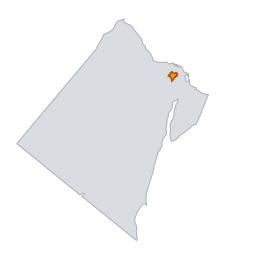 Al Gharbiyah on a map of Egypt (Equal Earth projection), rotated 39°
{"feature_id": "EGY-1530", "entity_name": "Al Gharbiyah", "entity_type": "Governorate", "adm_level": 1, "iso_a3": "EGY", "parent_name": "Egypt", "parent_adm1": "", "projection": "equal_earth", "projection_center": [31.057, 30.849], "detail": "fine", "context": "in_parent", "style": "filled", "palette": "amber", "viewbox_px": 256, "rotation_deg": 39, "n_neighbors": 0, "source": "natural_earth", "source_scale": "10m", "svg_char_len": 4268}
<svg xmlns="http://www.w3.org/2000/svg" viewBox="0 0 256 256"><g transform="rotate(39 128 128)"><path d="M205.5,210.1L201.3,210.1L197.0,210.1L192.8,210.1L188.5,210.1L184.3,210.1L180.0,210.1L175.8,210.1L171.5,210.1L167.3,210.1L163.0,210.1L158.8,210.1L154.5,210.1L150.3,210.1L146.0,210.1L141.8,210.1L137.5,210.1L135.1,210.1L135.5,208.6L135.7,207.5L135.5,206.7L134.6,206.6L134.1,206.8L132.8,210.0L132.2,210.2L130.7,210.2L125.7,210.2L120.8,210.2L115.8,210.2L110.9,210.2L105.9,210.2L101.0,210.2L96.0,210.2L91.1,210.2L86.1,210.2L81.2,210.1L76.2,210.1L71.3,210.1L66.3,210.1L61.4,210.1L56.4,210.1L51.5,210.1L51.5,206.2L51.6,202.3L51.6,198.5L51.7,194.6L51.8,190.7L51.8,186.8L51.9,182.9L51.9,179.0L52.0,175.2L52.1,171.3L52.1,167.4L52.2,163.6L52.3,159.7L52.3,155.8L52.4,152.0L52.5,148.2L52.5,144.3L52.6,140.5L52.7,136.6L52.7,132.8L52.8,129.0L52.9,125.2L52.9,121.3L53.0,117.5L53.1,113.7L53.2,109.9L53.2,106.1L53.3,102.3L53.4,98.5L53.4,94.7L53.5,90.9L53.6,87.2L53.5,86.5L52.9,83.9L52.3,80.6L51.7,76.6L51.6,75.3L50.6,71.2L50.5,70.1L50.8,69.2L52.8,65.8L53.4,64.1L53.9,62.1L54.1,60.4L53.6,58.0L53.0,55.7L52.8,53.4L52.8,51.2L53.8,49.6L54.9,48.2L55.4,47.3L56.1,46.3L56.6,45.8L57.5,47.9L59.4,48.2L65.8,46.4L72.8,48.2L76.7,48.9L82.7,50.4L86.3,53.2L87.3,53.5L89.9,53.5L91.6,55.1L98.4,55.9L102.1,57.7L104.1,59.1L105.4,59.6L106.5,59.5L108.0,58.9L109.8,57.9L111.9,56.5L116.1,52.9L117.6,52.3L118.6,52.5L119.8,52.4L120.3,51.5L120.9,50.8L121.3,50.0L121.9,49.1L124.1,48.9L128.5,47.3L128.0,48.0L124.0,49.8L125.7,50.0L127.5,49.4L129.5,49.0L129.9,48.3L130.1,46.9L130.5,46.7L131.9,47.0L136.0,49.1L137.0,49.1L139.9,48.0L140.6,47.7L141.5,48.4L143.7,51.1L142.9,51.0L140.6,48.7L140.4,49.8L139.1,51.9L140.7,52.7L142.1,53.1L142.8,54.2L143.2,55.2L144.6,54.7L145.5,53.4L145.0,52.6L144.7,51.8L145.1,51.8L146.0,52.5L148.6,55.0L149.5,55.6L150.5,55.5L152.6,54.8L153.2,54.9L156.1,53.9L156.4,54.6L156.9,55.3L159.2,54.5L162.8,54.6L165.7,53.7L169.1,51.7L169.4,51.4L169.6,51.9L170.0,53.3L171.1,56.8L172.0,59.6L173.2,63.5L173.6,64.9L173.7,66.0L175.4,70.2L176.4,73.7L177.1,76.6L178.2,80.7L178.6,82.2L177.9,83.0L176.6,85.7L175.1,94.3L173.1,101.1L172.9,105.3L172.5,106.8L171.5,109.0L170.3,111.1L168.1,110.0L164.4,106.3L162.3,102.8L160.0,100.5L157.9,97.5L157.3,95.3L157.3,94.0L156.3,90.6L155.6,89.0L153.0,85.4L152.3,83.5L151.7,82.7L151.1,81.4L150.2,76.8L149.1,73.9L148.0,74.7L148.2,75.9L147.2,77.6L146.6,79.6L147.1,81.2L149.2,83.7L149.6,84.8L150.1,87.2L150.1,90.3L150.4,91.4L152.0,93.8L152.6,95.2L152.9,96.4L153.5,97.5L155.1,99.6L157.3,103.6L159.5,106.2L161.1,107.5L161.8,108.8L161.9,112.2L161.8,113.8L163.2,116.8L163.7,118.3L165.1,119.5L165.7,120.9L166.3,123.2L167.2,130.0L168.3,131.7L172.0,140.7L175.1,146.4L176.6,150.7L178.8,155.8L183.3,167.3L186.0,170.8L187.0,172.8L189.0,174.3L191.0,176.5L189.1,176.3L188.6,176.4L187.9,176.8L187.6,178.2L187.5,179.3L187.8,185.1L188.3,188.0L190.1,193.7L191.4,195.3L192.1,196.4L193.0,197.2L197.1,199.2L199.5,203.2L205.0,208.4L205.5,209.8L205.5,210.1Z" fill="#d9dde1" stroke="#a8b0b8" stroke-width="1"/><path d="M129.4,62.1L129.3,61.9L129.2,61.9L128.8,61.5L128.7,61.5L128.6,61.4L128.4,61.5L128.1,61.6L127.4,61.8L127.1,61.9L126.9,62.1L126.9,61.8L126.8,61.6L126.7,61.6L126.7,61.2L126.9,61.0L126.9,60.9L126.9,60.7L126.6,60.7L126.4,60.7L126.5,60.2L127.0,59.9L127.2,59.6L126.9,59.5L126.5,59.6L126.8,59.4L126.9,59.1L126.9,58.9L126.7,58.7L126.4,58.6L126.5,58.5L126.6,58.2L126.8,58.0L126.7,57.7L126.4,57.2L126.5,57.0L126.6,56.7L126.8,56.7L127.6,57.0L128.0,56.9L128.3,56.9L128.5,56.8L128.4,56.7L128.5,56.7L128.8,56.5L129.8,56.4L130.0,56.3L130.1,56.2L130.2,55.8L130.2,55.7L130.3,55.5L130.2,55.2L130.3,54.9L130.4,54.7L131.0,54.7L131.3,54.9L131.7,54.6L131.9,54.5L132.0,54.5L132.3,54.6L132.6,54.9L132.4,54.8L132.3,55.6L132.2,56.1L132.3,56.3L132.5,56.4L132.8,56.3L133.1,56.2L133.3,56.2L133.3,56.3L133.2,56.9L133.2,57.0L132.9,57.1L132.7,57.3L132.6,57.5L132.7,57.8L132.8,58.0L132.7,58.2L132.5,58.3L132.7,58.6L132.4,58.7L132.5,58.8L132.7,59.0L132.5,59.3L132.2,59.4L132.2,59.6L132.4,59.8L132.4,60.5L132.5,60.9L132.5,61.0L132.7,61.6L132.9,62.4L132.8,62.8L132.7,63.6L132.6,64.0L132.4,63.8L132.3,63.6L132.0,63.3L131.9,63.2L131.7,62.9L131.5,62.7L131.3,62.6L130.9,62.6L130.7,62.6L130.3,62.0L130.2,61.9L130.0,62.0L129.9,62.1L129.7,62.0L129.4,62.1Z" fill="#f59e0b" stroke="#b45309" stroke-width="1.5"/></g></svg>